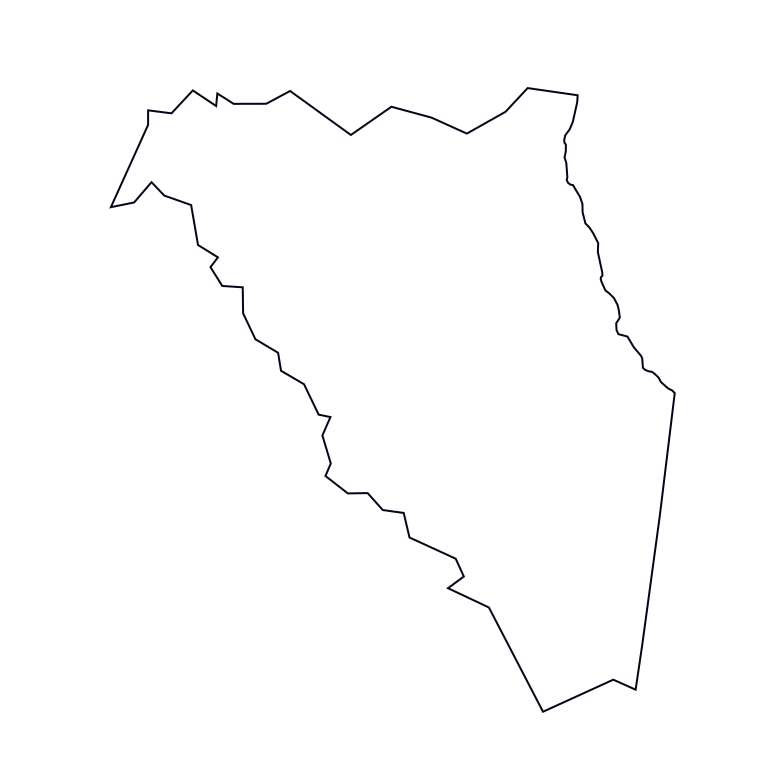 Bell, Kentucky, United States of America (Mercator projection), rotated 276°
{"feature_id": "52423323B3564583565128", "entity_name": "Bell", "entity_type": "district", "adm_level": 2, "iso_a3": "USA", "parent_name": "United States of America", "parent_adm1": "Kentucky", "projection": "mercator", "projection_center": [-83.631, 36.769], "detail": "fine", "context": "isolated", "style": "outline", "palette": "ink", "viewbox_px": 768, "rotation_deg": 276, "n_neighbors": 0, "source": "geoboundaries", "source_scale": "gbopen_adm2", "svg_char_len": 1388}
<svg xmlns="http://www.w3.org/2000/svg" viewBox="0 0 768 768"><g transform="rotate(276 384 384)"><path d="M106.3,666.2L151.6,668.1L282.9,672.1L405.3,674.1L407.7,671.3L409.3,667.0L414.9,659.2L419.2,656.3L422.2,652.4L424.1,649.3L424.3,645.8L425.3,642.3L427.2,639.8L436.5,638.1L439.0,636.6L446.4,628.8L456.6,621.2L458.1,611.9L462.0,609.6L468.7,608.6L474.7,611.6L482.3,609.7L487.1,608.0L493.5,603.7L497.8,598.4L500.2,594.4L508.4,589.6L511.3,588.5L512.9,588.6L514.5,589.9L517.4,589.5L537.6,582.9L546.5,582.3L555.9,576.2L561.0,572.0L564.8,567.5L575.4,563.6L583.9,562.5L590.7,559.3L601.6,551.1L601.7,548.9L603.1,546.2L605.9,544.4L609.0,544.7L622.9,542.2L628.2,539.9L634.2,540.5L641.0,539.9L642.9,538.2L645.3,537.7L650.4,538.3L656.6,542.0L664.5,544.4L684.5,546.7L691.4,546.4L693.3,495.9L667.5,476.5L641.7,440.2L653.9,403.3L660.5,362.4L628.2,325.0L665.6,260.0L650.4,237.6L646.9,205.2L655.5,187.9L642.9,188.0L656.0,163.2L631.0,144.4L631.5,120.8L617.0,122.3L531.3,93.9L538.4,116.5L560.4,131.7L548.4,145.8L541.8,173.5L502.8,184.5L492.6,205.6L482.1,199.2L464.6,212.9L465.4,233.4L439.5,236.5L415.0,251.5L404.0,275.4L386.4,280.2L375.4,304.5L346.7,322.2L345.5,334.2L326.4,328.1L299.4,339.4L286.4,335.4L271.4,359.5L273.8,379.1L258.5,396.0L257.8,417.1L234.0,425.4L217.7,473.6L200.9,483.5L187.6,469.0L172.7,511.7L74.7,576.4L113.9,642.9L106.3,666.2Z" fill="none" stroke="#020617" stroke-width="2"/></g></svg>